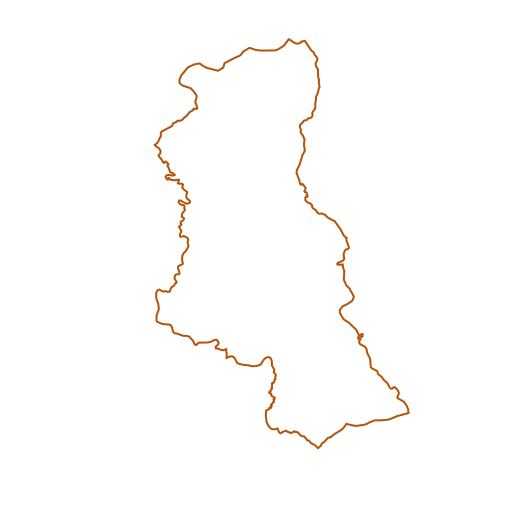 the district of Liquidoe, Aileu, East Timor, rotated 74°
{"feature_id": "22284137B83063719556593", "entity_name": "Liquidoe", "entity_type": "district", "adm_level": 2, "iso_a3": "TLS", "parent_name": "East Timor", "parent_adm1": "Aileu", "projection": "orthographic", "projection_center": [125.722, -8.733], "detail": "fine", "context": "isolated", "style": "outline", "palette": "amber", "viewbox_px": 512, "rotation_deg": 74, "n_neighbors": 0, "source": "geoboundaries", "source_scale": "gbopen_adm2", "svg_char_len": 6108}
<svg xmlns="http://www.w3.org/2000/svg" viewBox="0 0 512 512"><g transform="rotate(74 256 256)"><path d="M121.2,322.7L123.0,322.0L124.9,320.1L127.0,319.1L129.1,318.8L131.1,319.9L132.4,321.9L133.5,321.9L137.1,320.2L141.0,319.1L141.1,318.5L140.4,317.6L140.3,316.8L143.0,315.0L143.8,314.9L144.5,316.2L149.5,315.4L150.1,315.6L151.6,315.4L152.2,315.1L152.8,313.7L155.4,311.7L155.8,311.9L155.9,312.5L155.6,314.4L154.1,317.2L153.8,319.7L154.7,321.0L156.1,321.0L158.2,320.0L158.3,319.5L156.9,318.6L156.9,318.2L158.5,317.5L159.4,316.6L160.9,312.8L161.2,309.2L162.1,309.1L162.8,309.6L164.4,311.1L165.0,310.8L165.9,308.0L166.7,306.7L167.3,306.4L169.9,308.1L172.6,306.8L175.7,304.4L178.2,306.2L180.0,306.8L182.0,306.4L184.2,304.7L185.6,304.3L186.3,304.7L186.8,306.2L186.6,308.3L185.0,310.3L182.1,313.0L181.4,314.4L182.2,315.3L183.1,315.6L184.6,315.1L186.5,313.2L187.2,311.6L188.1,310.9L190.2,311.7L192.0,311.6L192.6,312.0L194.5,315.0L196.4,316.0L197.8,316.6L199.3,315.1L200.1,314.8L200.9,315.3L201.8,316.5L202.4,318.8L203.6,319.5L204.9,319.0L205.4,319.3L206.7,322.0L210.9,320.9L211.8,321.1L214.4,323.2L216.1,323.6L216.7,323.2L217.0,322.3L216.9,319.9L219.6,316.8L221.4,316.7L224.3,318.1L227.2,318.0L228.5,318.5L232.0,322.3L233.5,325.0L235.7,326.9L239.3,328.1L243.2,328.4L243.6,328.9L244.1,332.5L245.1,334.0L246.8,334.4L248.0,334.1L251.9,334.4L252.2,335.5L251.7,337.3L252.1,338.9L252.8,339.4L255.1,340.6L258.2,339.6L259.8,339.8L260.1,341.2L262.2,343.5L262.6,345.7L264.5,347.4L266.2,348.4L266.4,349.2L266.0,350.9L264.8,352.8L264.9,354.3L263.8,356.1L261.6,358.2L261.8,359.9L263.1,361.5L264.4,362.2L269.2,363.5L275.4,363.2L280.2,364.0L285.6,367.9L290.8,369.5L292.1,369.1L295.5,364.8L298.1,358.1L299.1,357.0L301.4,356.4L304.8,356.6L306.8,356.3L307.8,355.4L309.1,352.8L311.3,350.0L313.1,347.1L313.5,344.9L315.0,342.5L320.1,339.9L324.0,339.3L324.9,338.4L325.1,337.7L323.8,336.0L323.6,334.6L325.9,326.0L326.0,322.3L325.5,321.0L325.3,318.3L325.7,316.9L328.7,315.8L329.9,316.1L330.9,317.2L331.9,319.7L333.8,320.0L334.5,318.1L336.1,316.2L337.5,313.9L337.4,310.3L339.5,311.0L341.1,310.9L345.9,312.4L345.4,310.1L345.6,307.5L346.1,306.3L347.5,305.1L348.9,304.5L353.6,303.6L355.1,301.9L357.2,298.0L359.3,292.7L360.0,291.9L361.1,289.6L361.9,286.0L361.7,281.6L357.6,276.8L356.5,274.4L356.7,271.6L357.6,270.4L360.7,269.7L366.0,270.8L370.3,269.7L372.7,271.0L374.8,269.9L376.1,269.8L378.7,271.4L379.8,271.2L380.3,272.4L382.5,273.6L382.7,274.1L382.4,274.8L383.0,275.3L382.9,275.8L385.4,276.3L386.6,277.3L387.5,276.9L388.2,277.4L388.7,278.7L390.0,279.2L390.2,280.5L390.7,281.0L391.3,281.0L392.1,280.4L392.5,279.3L394.7,279.6L397.5,277.0L398.2,277.4L398.6,278.5L399.3,278.2L400.5,279.3L401.1,279.0L401.6,279.7L401.7,280.5L402.8,281.3L403.0,282.6L403.8,282.7L404.7,282.3L405.2,283.3L405.9,283.4L405.4,284.5L405.6,285.0L406.6,285.2L407.4,288.9L412.0,290.5L418.5,291.6L422.0,291.0L425.5,289.7L427.0,288.0L427.7,286.2L427.7,282.9L432.2,282.3L433.3,281.1L432.5,278.9L432.2,275.1L434.1,273.8L434.5,272.5L435.6,272.0L435.8,269.8L435.0,267.8L435.2,267.2L436.1,266.7L436.1,265.9L436.8,265.1L436.8,264.5L440.8,262.6L441.9,261.4L442.6,259.6L445.3,258.2L447.4,257.5L447.8,256.2L449.3,255.3L451.1,254.8L453.9,251.5L457.8,249.4L456.3,245.9L454.4,244.5L453.5,241.6L450.8,237.3L450.8,235.6L450.4,234.2L450.7,233.9L449.0,230.1L446.6,221.7L444.7,218.2L442.3,215.5L446.8,207.2L448.0,199.5L447.9,195.5L447.2,192.8L446.7,186.8L448.0,182.9L449.7,174.6L449.7,171.5L448.8,164.4L449.0,152.7L445.2,152.0L441.0,152.5L436.8,154.1L431.5,159.2L430.8,159.1L427.5,156.6L426.8,156.4L424.3,156.7L423.0,157.3L420.6,158.5L420.2,159.1L420.3,160.4L421.0,161.3L420.9,162.6L420.5,163.1L419.7,163.6L414.2,164.8L410.0,167.5L406.8,168.5L403.2,171.2L400.0,171.2L396.1,175.4L394.4,176.3L386.3,174.6L379.9,175.8L375.2,175.4L373.0,176.5L369.3,180.3L367.8,180.7L366.3,180.3L365.8,179.4L364.7,178.5L363.9,180.1L363.2,180.6L362.0,179.9L361.9,178.7L362.9,177.0L362.7,175.9L361.5,175.2L360.4,175.1L360.2,176.3L360.9,178.1L360.8,178.9L355.1,179.8L353.5,180.5L345.6,185.2L340.9,189.3L335.2,190.8L333.6,191.0L331.8,190.6L330.7,190.0L328.9,187.6L328.2,186.4L327.5,181.9L326.1,177.0L325.2,175.5L322.4,173.2L319.7,173.5L315.4,174.7L313.1,174.9L309.5,177.2L303.9,178.0L303.1,178.1L295.1,175.4L289.9,175.4L288.1,174.9L287.8,176.9L286.7,180.0L285.6,179.9L285.0,178.4L284.6,174.3L283.3,172.0L279.0,171.5L275.4,169.3L274.6,167.9L274.6,165.7L274.2,164.8L273.4,164.4L271.6,164.3L266.4,164.8L265.0,164.6L263.5,163.9L262.8,164.7L260.4,166.0L253.0,167.6L243.8,170.9L243.1,172.2L238.8,176.4L235.3,178.3L233.1,181.4L233.0,183.1L231.8,184.8L228.5,185.8L225.4,188.3L224.2,188.5L222.8,188.1L221.1,188.9L220.2,189.5L219.3,191.1L216.3,193.1L215.7,193.2L213.5,192.4L212.7,191.6L213.3,190.6L212.7,189.9L208.8,189.9L208.1,191.3L207.1,191.6L204.6,189.5L200.1,191.0L199.4,191.8L200.0,192.6L199.6,193.5L197.3,193.7L194.3,193.5L187.3,194.2L184.4,192.8L179.9,188.7L172.2,183.8L168.2,180.0L162.1,179.2L157.3,177.2L152.8,177.8L149.8,179.0L146.4,177.9L144.3,178.4L142.6,177.7L141.7,177.1L141.1,175.4L139.1,172.5L139.2,169.6L138.0,167.8L138.5,166.1L137.8,164.0L136.0,162.7L133.8,162.4L133.3,162.0L131.2,159.2L130.4,158.5L128.3,157.6L126.6,157.4L121.9,155.2L119.2,154.3L117.1,152.2L114.1,150.3L112.6,149.7L111.0,148.3L106.2,147.8L104.4,146.8L101.3,147.0L93.8,145.0L89.8,146.0L87.1,145.6L85.0,143.3L82.9,142.5L78.2,144.2L76.0,144.5L73.5,146.3L62.7,149.7L62.4,153.4L63.3,154.4L63.4,155.8L63.4,157.4L63.0,158.5L60.8,161.2L58.2,163.1L56.7,164.8L61.5,171.2L63.3,177.2L63.8,180.3L59.7,195.3L57.3,200.3L54.5,204.1L54.2,205.3L56.0,211.9L58.6,215.4L59.0,216.7L59.8,222.7L62.0,233.1L65.8,235.5L67.3,240.6L67.3,241.7L61.5,251.6L58.0,255.1L55.8,256.7L55.3,257.5L54.8,262.5L55.9,269.3L61.8,278.1L65.5,281.0L67.8,281.7L68.8,281.7L70.0,281.1L72.1,279.4L76.6,272.7L79.2,271.1L84.2,269.2L85.6,268.9L86.8,269.2L91.2,271.9L95.6,271.6L98.1,271.9L98.1,273.0L97.2,275.0L97.7,276.0L98.5,276.3L99.4,280.1L102.4,284.5L103.1,286.6L104.9,289.6L105.0,291.6L104.4,294.3L105.1,295.5L105.7,299.2L107.5,300.6L108.1,301.5L110.3,312.4L112.1,313.9L114.7,314.4L116.0,316.0L119.3,318.6L120.6,320.7L121.2,322.7Z" fill="none" stroke="#b45309" stroke-width="2"/></g></svg>